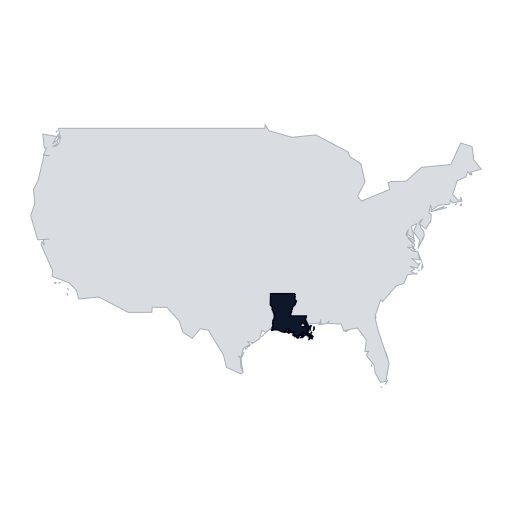 Louisiana on a map of United States of America (Equal Earth projection)
{"feature_id": "USA-3535", "entity_name": "Louisiana", "entity_type": "State", "adm_level": 1, "iso_a3": "USA", "parent_name": "United States of America", "parent_adm1": "", "projection": "equal_earth", "projection_center": [-90.64, 30.971], "detail": "fine", "context": "in_parent", "style": "filled", "palette": "ink", "viewbox_px": 512, "rotation_deg": 0, "n_neighbors": 0, "source": "natural_earth", "source_scale": "10m", "svg_char_len": 9473}
<svg xmlns="http://www.w3.org/2000/svg" viewBox="0 0 512 512"><path d="M421.5,167.3L450.9,164.6L460.7,143.0L472.1,146.7L473.8,160.1L481.3,169.1L470.4,172.3L470.0,174.8L467.9,171.6L465.6,177.0L457.2,180.7L452.6,194.4L458.1,200.3L461.3,199.6L460.2,197.0L461.4,198.2L461.9,201.1L452.5,203.0L450.4,199.9L449.8,204.2L438.8,205.1L430.9,210.7L431.5,207.5L430.6,205.5L428.8,213.0L431.3,214.3L430.9,220.7L425.8,229.0L419.6,223.9L422.8,218.7L419.0,222.3L421.0,228.1L423.6,231.4L424.3,235.1L418.0,248.7L419.7,240.1L413.6,232.1L416.8,223.7L411.4,226.2L414.1,238.7L408.5,234.9L406.7,235.3L408.1,231.4L408.0,230.2L406.3,233.3L406.4,235.9L414.8,240.8L413.1,243.0L409.2,238.6L407.8,237.9L412.7,243.2L414.7,244.2L413.7,247.4L411.1,244.9L415.2,249.8L414.3,250.4L412.3,247.9L407.2,246.8L413.7,251.4L417.6,251.3L422.2,263.0L418.2,254.0L419.6,259.9L412.1,258.6L417.8,264.4L420.3,262.8L417.2,268.1L410.0,266.2L414.5,269.0L410.9,271.6L415.4,273.6L407.5,274.9L403.7,283.5L396.2,285.9L382.5,301.7L380.6,299.9L375.6,314.6L375.2,318.2L377.8,329.5L389.1,363.3L385.9,381.4L380.6,382.4L375.1,372.7L373.9,364.7L366.2,355.4L368.7,351.3L365.0,351.5L366.3,339.7L357.2,328.0L343.6,330.8L341.1,324.0L327.6,323.4L329.3,320.8L327.0,323.4L320.9,324.6L320.8,319.4L319.8,323.1L301.3,324.1L309.2,326.7L306.5,331.5L312.5,336.1L309.4,338.6L302.8,332.4L302.4,337.2L293.3,335.2L288.2,329.0L285.1,332.2L271.8,327.4L264.0,334.1L266.0,332.3L261.8,330.5L259.6,338.8L251.4,344.2L253.3,342.6L248.0,341.7L249.8,344.6L243.5,348.1L240.9,357.4L238.1,355.9L240.5,358.4L240.7,367.0L243.2,372.2L241.3,374.0L226.5,367.4L223.4,354.9L208.3,330.1L200.3,328.7L192.2,338.4L182.8,332.0L179.0,320.6L166.9,307.4L152.2,307.3L151.8,312.3L128.2,312.4L98.8,297.0L78.6,299.0L76.7,290.6L68.9,282.6L52.0,276.5L52.6,270.6L41.0,244.5L41.9,241.8L44.4,245.2L43.2,239.6L49.7,239.0L37.7,239.8L30.7,215.9L34.8,203.3L33.5,189.4L38.1,180.5L44.0,155.2L49.8,155.9L43.5,154.6L46.5,147.9L44.3,148.0L42.8,134.1L56.8,136.5L52.7,143.8L58.3,138.6L56.8,144.7L53.1,146.2L55.5,146.5L58.6,143.9L60.6,137.7L58.4,128.3L264.9,128.3L265.1,124.7L268.9,130.7L292.1,137.3L315.8,134.9L348.2,152.0L349.7,156.5L360.9,163.9L365.0,181.7L357.6,196.3L361.4,201.1L389.6,189.5L388.1,182.8L390.6,181.6L406.3,181.1L421.5,167.3ZM442.4,208.2L447.1,207.5L430.6,211.9L444.1,206.5L442.4,208.2ZM58.4,134.1L59.6,138.0L59.4,138.6L57.3,135.6L58.4,134.1ZM242.9,370.7L241.1,363.1L241.3,358.9L241.5,363.4L242.9,370.7ZM471.6,172.8L471.7,174.9L470.9,174.4L471.6,172.8ZM288.4,331.2L288.7,332.9L287.2,331.6L288.4,331.2ZM58.1,283.2L60.2,282.3L60.3,282.5L58.1,283.2ZM56.0,282.5L55.1,283.7L54.5,282.7L56.0,282.5ZM456.9,203.4L455.7,204.7L455.3,204.4L456.9,203.4ZM242.6,354.9L241.3,358.3L244.2,351.8L242.6,354.9ZM385.8,352.1L387.9,358.8L385.4,351.4L385.8,352.1ZM67.9,288.6L68.6,290.3L67.7,288.7L67.9,288.6ZM386.8,382.4L385.2,384.5L387.8,380.0L386.8,382.4ZM423.0,267.1L421.3,269.5L422.4,263.6L423.0,267.1ZM57.0,131.0L56.8,132.1L56.1,131.5L57.0,131.0ZM249.8,345.9L246.9,347.4L249.9,345.4L249.8,345.9ZM461.5,204.0L461.5,205.5L460.1,205.1L461.5,204.0ZM67.3,293.5L67.8,295.6L67.0,293.7L67.3,293.5ZM246.2,348.7L245.0,349.6L246.0,348.2L246.2,348.7ZM423.7,237.7L422.0,241.0L423.9,236.5L423.7,237.7ZM263.1,335.6L261.2,336.9L263.9,334.6L263.1,335.6ZM376.0,316.3L375.7,319.0L375.5,317.1L376.0,316.3ZM416.1,274.1L415.5,274.6L417.2,272.6L416.1,274.1ZM348.5,330.2L346.2,331.6L345.3,331.3L348.5,330.2ZM320.0,324.1L319.6,324.6L318.3,324.5L320.0,324.1ZM371.4,364.9L371.8,366.9L371.0,364.5L371.4,364.9ZM314.1,327.9L313.8,329.7L313.7,326.5L314.1,327.9ZM381.7,387.1L380.5,387.3L382.2,386.8L381.7,387.1ZM430.6,221.9L429.8,223.5L430.7,221.2L430.6,221.9ZM419.9,270.0L419.1,270.6L418.9,270.6L419.9,270.0Z" fill="#d9dde1" stroke="#a8b0b8" stroke-width="1"/><path d="M308.1,325.0L307.5,325.4L307.4,325.3L307.6,325.2L306.6,325.2L306.3,325.1L306.2,324.5L305.6,324.6L305.1,324.2L304.4,324.2L304.1,323.6L303.6,323.1L302.5,322.8L302.1,323.0L301.4,324.1L300.7,324.7L300.5,325.1L300.5,325.6L300.9,326.3L302.9,326.9L304.2,326.6L304.8,326.1L305.1,325.4L305.9,326.1L306.4,325.2L306.4,325.4L306.2,325.9L306.3,326.1L306.4,325.8L306.8,325.6L306.6,325.4L306.9,325.3L307.2,325.6L306.8,326.3L306.5,326.5L306.5,326.8L306.4,326.9L305.8,326.6L305.5,327.1L305.7,327.8L306.6,327.7L306.4,328.1L307.0,328.6L307.5,328.4L307.7,328.0L307.8,327.2L308.3,326.8L308.5,326.3L309.0,326.5L309.0,326.8L309.3,326.5L309.5,326.6L309.4,326.8L308.9,326.9L308.9,327.3L308.7,327.4L309.3,327.5L309.3,327.9L309.2,327.9L308.9,328.0L309.1,328.3L309.5,328.1L309.2,328.5L309.5,328.4L309.8,328.5L309.4,329.1L309.7,329.5L309.3,329.4L309.1,329.8L309.1,329.5L308.5,329.1L308.1,329.9L307.5,330.2L307.6,330.7L308.2,330.7L308.3,330.8L308.1,330.8L308.5,331.3L306.7,330.4L307.4,331.4L306.2,331.3L306.5,331.4L306.9,332.5L308.2,333.1L308.1,333.5L308.0,333.8L309.8,334.0L309.4,334.3L309.7,334.5L310.2,334.4L310.5,334.9L310.9,334.4L311.0,334.8L311.7,335.5L311.4,335.8L312.0,336.1L312.3,336.0L312.5,336.2L312.3,336.3L312.5,336.5L312.2,336.5L312.2,336.3L311.8,336.6L311.8,336.8L312.4,336.8L312.1,337.5L312.0,337.2L311.8,337.1L311.9,337.5L311.7,337.3L311.3,337.9L311.5,338.5L311.3,338.5L310.5,337.2L310.5,337.7L310.0,337.9L309.5,339.0L309.1,339.2L309.2,338.8L309.6,338.2L309.6,337.8L310.0,337.6L310.3,336.6L310.2,336.6L310.0,337.0L309.9,336.4L309.9,337.1L309.4,337.4L309.2,337.0L309.2,336.8L309.0,336.7L308.5,335.7L308.8,335.6L308.4,335.5L308.4,335.8L307.5,335.5L307.3,335.2L307.0,335.0L305.7,334.9L306.2,334.6L306.3,334.3L306.3,334.0L306.0,334.1L306.1,333.7L305.7,333.7L305.6,333.4L305.7,333.1L305.4,333.0L305.3,333.4L304.9,333.1L304.6,333.2L303.3,332.3L303.1,332.3L303.1,332.5L302.6,331.9L302.4,332.4L302.6,332.4L302.4,332.6L304.0,333.6L303.7,333.8L303.8,334.6L303.7,334.4L304.0,335.1L303.8,335.2L303.6,334.9L303.6,335.2L303.4,335.2L303.5,335.9L303.5,336.5L303.1,336.9L302.2,337.5L302.1,337.4L302.1,336.9L301.9,336.5L302.0,335.8L302.0,335.4L301.7,335.8L301.3,334.9L301.1,335.0L300.8,335.7L300.8,335.1L300.5,334.4L300.1,335.2L299.7,335.2L299.4,335.0L299.4,334.8L299.1,335.0L299.3,335.2L299.1,335.7L299.2,335.8L299.1,336.0L298.9,335.7L298.8,336.1L298.8,336.8L298.7,336.6L298.5,336.9L298.2,337.1L297.4,337.0L297.7,336.7L297.4,336.6L297.0,336.4L297.0,336.7L296.7,336.9L296.1,336.3L295.6,336.4L295.8,336.1L295.6,335.9L295.4,336.0L295.1,336.2L294.7,335.9L293.3,335.5L293.0,335.1L292.9,334.6L292.9,334.8L293.3,334.8L293.6,334.2L293.8,334.1L293.9,334.6L294.4,334.6L294.2,335.3L294.4,335.6L294.8,335.4L294.6,335.2L294.8,334.9L294.7,334.6L293.9,333.9L293.8,333.5L293.5,333.1L293.5,332.5L293.9,332.0L293.8,331.6L293.6,331.5L293.6,331.8L293.4,332.2L293.4,332.5L293.2,333.0L292.2,332.6L292.2,332.2L291.6,332.4L291.0,332.4L291.2,332.0L291.0,331.2L290.3,331.2L290.4,330.1L289.2,330.0L288.5,330.3L288.4,329.7L288.5,329.4L288.7,329.6L288.8,329.4L288.6,329.1L288.1,329.0L287.9,329.2L287.4,329.1L287.3,329.4L286.6,329.7L286.2,330.1L286.1,329.8L286.0,329.7L285.8,330.0L285.6,329.8L285.9,330.6L286.5,330.4L286.1,330.7L286.4,331.4L286.8,331.3L287.1,331.4L286.7,331.5L286.9,331.7L286.7,331.8L286.1,331.8L285.0,332.4L281.5,331.6L278.7,330.2L277.2,329.7L274.2,329.8L272.7,330.1L271.9,330.5L271.5,330.0L271.4,329.5L271.4,329.3L272.0,329.2L272.3,328.8L272.5,327.6L272.2,327.3L272.9,326.3L273.0,325.6L272.8,324.7L272.9,324.0L272.7,323.7L272.6,323.0L273.0,321.9L272.8,320.8L273.2,320.5L273.3,319.8L273.8,319.2L273.9,318.7L274.2,318.0L274.2,317.1L274.5,316.6L274.2,315.9L274.7,315.5L274.3,314.9L274.4,313.8L274.0,313.8L273.8,312.9L273.4,312.4L273.6,311.8L273.2,311.4L273.1,310.9L272.8,310.7L273.0,310.3L272.5,310.0L272.1,309.4L272.3,308.1L272.1,307.2L271.5,306.2L271.0,305.7L270.4,304.9L270.6,293.7L294.4,293.7L294.4,294.1L294.9,294.3L295.2,294.7L294.7,295.4L294.5,296.3L294.6,296.6L295.2,296.8L295.2,297.0L294.4,297.5L294.5,298.1L294.9,298.6L294.9,299.7L295.7,300.4L295.8,300.9L296.5,301.1L296.5,301.4L296.0,302.0L295.5,303.2L295.0,303.3L294.9,303.6L295.2,303.9L295.2,304.3L295.0,304.7L294.4,305.1L293.8,306.0L292.8,306.6L292.4,307.8L292.1,309.6L291.3,310.4L291.4,310.9L291.6,311.4L291.3,312.7L290.3,313.0L290.4,313.4L290.7,313.7L290.5,314.4L290.9,315.4L290.2,316.0L306.3,316.0L306.3,316.5L305.9,318.0L305.6,318.5L305.4,319.5L305.7,320.1L305.6,320.3L305.8,320.8L306.3,321.2L306.8,322.1L306.9,322.5L307.2,323.3L307.2,323.8L307.6,324.8L307.8,325.1L308.0,324.9L308.1,325.0ZM289.1,332.9L288.6,333.0L287.1,332.0L287.0,331.7L288.0,331.1L288.5,331.3L289.1,331.8L289.7,331.9L289.6,332.1L289.2,332.4L289.1,332.9ZM311.0,326.3L310.9,326.6L310.7,326.8L310.4,326.4L309.8,326.6L309.6,326.4L310.2,326.2L311.0,325.3L310.4,326.0L310.7,326.2L310.7,326.5L311.0,326.3ZM304.2,333.3L303.7,333.0L303.4,333.1L303.1,332.7L303.6,332.7L304.2,333.3ZM313.6,326.5L313.8,326.7L314.1,327.4L314.2,328.1L314.1,329.1L313.8,329.8L314.1,327.9L313.8,326.8L313.6,326.5ZM308.6,329.4L309.0,330.1L308.7,329.7L308.4,330.1L308.4,329.5L308.6,329.4ZM309.7,329.4L310.2,329.3L310.1,329.7L309.7,329.4ZM297.7,337.9L298.7,337.6L298.5,337.8L297.8,338.0L297.7,337.9ZM304.5,335.4L304.5,335.5L303.9,336.0L304.0,335.7L304.5,335.4ZM300.3,337.6L300.7,337.9L299.8,337.6L300.3,337.6ZM310.6,327.8L310.1,328.1L310.2,327.9L310.6,327.8ZM310.2,327.4L310.1,327.8L309.8,328.1L310.2,327.4ZM301.2,337.8L301.5,337.5L301.8,337.5L301.2,337.8ZM311.2,332.8L311.2,333.0L310.7,333.1L311.1,332.9L311.2,332.8ZM300.5,335.4L300.3,335.9L300.4,335.5L300.5,335.4ZM313.5,330.3L313.1,330.8L313.6,330.0L313.5,330.3ZM296.2,337.7L296.5,337.8L296.4,337.8L296.2,337.7ZM312.1,332.1L311.8,332.6L312.1,332.1ZM304.7,335.2L304.9,335.2L304.7,335.3L304.7,335.2Z" fill="#0f172a" stroke="#020617" stroke-width="1.5"/></svg>